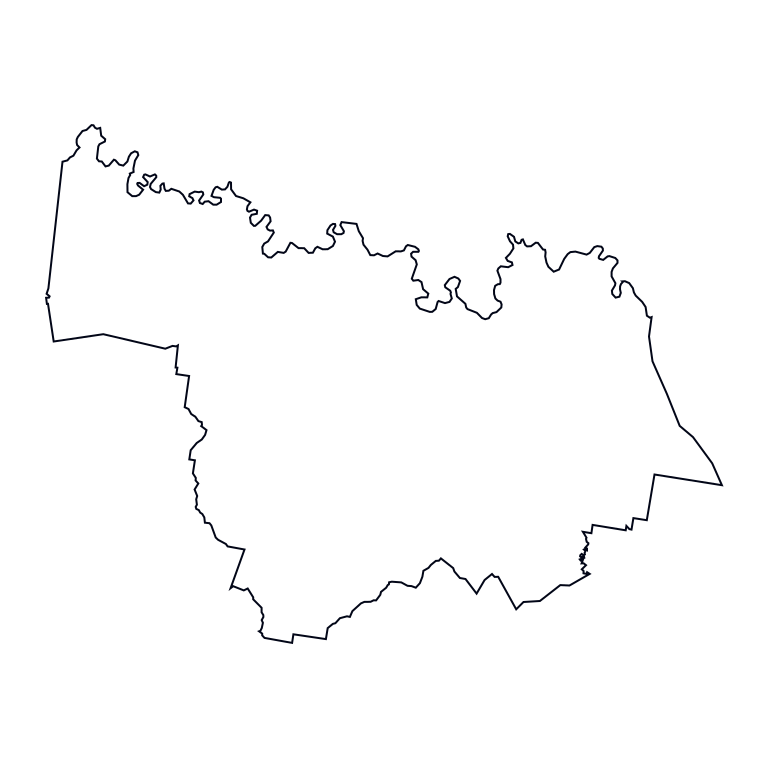 the district of Wodonga, Victoria, Australia
{"feature_id": "25037944B99055337236234", "entity_name": "Wodonga", "entity_type": "district", "adm_level": 2, "iso_a3": "AUS", "parent_name": "Australia", "parent_adm1": "Victoria", "projection": "orthographic", "projection_center": [146.883, -36.145], "detail": "fine", "context": "isolated", "style": "outline", "palette": "ink", "viewbox_px": 768, "rotation_deg": 0, "n_neighbors": 0, "source": "geoboundaries", "source_scale": "gbopen_adm2", "svg_char_len": 6099}
<svg xmlns="http://www.w3.org/2000/svg" viewBox="0 0 768 768"><path d="M257.1,210.7L254.0,209.6L249.0,211.7L247.5,210.9L246.9,209.4L247.5,206.2L250.4,202.3L243.4,198.3L236.0,196.0L231.1,189.3L231.0,182.6L229.7,182.0L228.9,182.5L227.4,186.8L225.0,189.4L221.8,189.6L217.3,186.8L215.6,187.3L213.7,189.8L211.5,195.9L214.0,197.2L220.1,197.8L221.0,198.7L221.0,202.0L216.6,204.7L213.3,204.7L208.5,201.2L204.7,201.7L202.7,204.0L199.9,203.0L199.1,200.5L203.3,194.5L202.9,192.4L201.4,191.6L198.9,192.2L194.7,191.6L189.6,194.1L189.2,196.3L192.4,198.1L193.5,200.4L190.7,203.6L188.0,203.4L182.9,194.8L179.3,191.5L171.3,188.8L168.8,190.7L165.8,190.9L164.5,188.7L163.7,183.4L162.4,183.6L160.4,185.8L160.7,189.6L159.3,192.6L155.8,192.1L151.1,189.1L150.0,187.0L150.7,183.9L156.3,177.2L156.2,175.6L154.9,174.4L150.0,176.5L145.4,174.4L144.2,174.7L143.1,177.1L147.7,182.1L147.3,184.7L144.1,186.2L139.6,182.9L137.6,183.0L137.2,183.9L138.0,185.5L143.1,189.7L139.2,194.7L136.1,196.1L132.2,196.1L127.5,192.2L127.4,184.2L128.5,178.0L130.2,175.0L129.8,173.6L133.6,172.0L133.4,168.5L135.0,160.6L138.3,155.1L137.5,152.3L134.8,151.3L131.1,153.3L128.9,156.7L127.4,161.5L123.3,165.6L119.2,164.6L115.4,160.3L113.9,159.7L108.8,165.6L105.5,166.4L101.8,161.5L99.0,161.3L96.9,158.6L98.3,146.4L99.5,144.2L104.9,141.5L105.2,139.2L101.2,135.7L100.2,127.9L97.0,128.8L95.0,127.7L93.5,125.3L91.5,125.1L86.5,129.9L82.5,131.0L77.8,137.0L76.7,139.4L76.6,142.5L77.1,145.0L79.5,147.5L76.6,150.3L73.4,155.7L70.0,157.4L67.4,160.4L62.5,161.7L48.4,288.4L46.6,293.8L49.6,296.3L49.0,297.6L46.1,297.8L46.9,303.9L48.0,303.8L53.7,341.5L103.3,334.2L165.3,348.7L172.5,345.9L176.2,346.4L177.9,345.4L175.6,367.5L177.4,367.7L176.3,374.1L189.1,376.0L184.7,407.2L188.5,409.0L191.2,414.0L195.4,416.8L198.4,421.1L201.7,422.1L202.0,425.0L201.2,426.1L206.5,430.1L205.1,434.9L201.8,439.5L196.7,443.0L190.7,450.2L189.3,459.4L194.9,460.3L192.9,473.4L195.8,477.9L195.6,480.5L198.3,483.5L194.6,489.5L197.2,496.0L196.2,499.3L196.9,504.7L195.7,506.9L196.3,508.9L198.8,510.1L200.2,512.6L202.3,514.0L204.3,517.4L204.9,522.7L209.5,523.2L211.3,525.4L215.7,537.5L218.1,539.8L225.9,544.0L227.6,546.4L244.5,549.5L230.6,588.2L233.2,586.2L243.8,590.4L247.7,588.5L253.2,597.3L253.2,599.3L261.6,607.8L261.6,612.3L263.3,615.0L263.4,617.0L261.7,620.1L262.9,622.8L261.8,628.0L260.4,630.8L259.1,631.3L262.2,633.6L262.2,635.4L264.5,637.9L292.1,642.9L293.4,634.3L325.9,639.1L327.7,628.1L332.8,623.9L335.4,623.2L339.9,618.2L347.0,616.3L349.9,616.9L352.4,611.1L360.9,603.4L364.3,601.9L370.6,601.8L373.6,600.3L376.1,600.4L380.3,594.8L381.0,591.9L386.2,587.7L387.7,585.1L388.9,584.4L389.1,582.3L391.8,581.7L401.3,582.4L407.5,585.8L411.5,586.1L415.8,587.7L419.9,583.2L422.4,576.7L423.4,570.8L428.5,567.9L430.8,565.0L435.8,560.9L438.9,560.7L440.9,558.4L453.2,568.1L454.4,571.5L459.9,578.0L465.5,579.0L476.6,593.6L484.6,580.0L492.0,574.0L494.6,576.9L498.2,576.8L516.2,609.3L523.5,602.0L539.9,601.0L560.3,585.1L569.5,585.5L589.7,573.9L587.1,572.2L586.5,573.9L583.5,573.3L583.6,571.0L581.8,569.3L586.0,565.2L583.6,563.3L581.6,563.4L582.8,560.1L580.7,560.6L579.8,559.4L584.3,557.8L584.0,556.4L581.0,557.1L580.1,556.3L580.3,555.2L581.7,553.9L583.3,555.1L584.9,554.4L584.6,552.9L585.5,551.0L583.9,549.5L584.8,549.0L587.0,550.2L587.0,548.5L585.4,547.5L588.2,544.4L588.4,543.2L586.7,541.8L586.0,538.9L586.5,537.7L582.9,531.8L591.4,533.2L592.6,524.9L625.7,530.3L626.4,525.9L629.4,529.1L631.5,529.6L633.4,518.1L646.8,520.2L654.5,474.5L721.9,485.2L712.2,463.3L693.0,437.1L679.7,425.9L666.9,393.9L652.5,361.3L649.0,336.5L651.6,317.1L649.9,317.7L646.9,315.7L645.6,307.0L642.2,301.9L635.7,295.6L633.9,292.4L632.9,288.2L629.2,283.1L624.9,281.2L622.5,281.4L623.0,281.8L621.0,284.0L620.1,286.4L620.0,289.3L620.8,292.9L619.4,296.7L615.6,297.6L612.3,294.0L611.9,290.6L615.0,285.4L615.4,283.2L611.6,276.4L611.6,271.9L612.9,268.4L617.5,262.9L617.5,260.4L615.3,258.0L609.4,256.1L607.6,256.4L603.2,259.9L599.4,258.8L598.7,257.9L599.0,256.2L602.9,250.6L602.8,248.5L601.4,246.7L597.3,246.1L594.3,247.1L589.8,252.9L586.6,254.6L575.4,251.6L570.4,252.1L567.7,254.1L564.2,258.9L559.1,269.5L553.7,271.7L548.4,266.8L546.5,262.6L545.2,256.4L545.6,252.4L545.1,249.8L543.0,249.5L537.9,242.9L535.7,242.7L531.0,246.2L527.1,246.4L525.3,245.0L522.9,239.4L521.6,239.8L520.4,242.9L518.3,243.4L515.3,241.4L514.0,236.8L509.9,233.9L508.2,234.1L507.7,236.3L510.0,241.3L513.0,244.6L513.4,248.4L509.9,253.8L505.9,257.9L507.7,260.9L511.9,262.4L512.5,265.0L508.2,267.2L500.8,266.3L498.3,268.5L497.4,270.7L500.5,279.1L500.5,282.7L499.8,284.1L497.9,284.2L495.2,285.8L494.0,290.1L494.1,294.1L495.4,298.5L497.6,300.6L500.5,301.7L501.6,304.4L501.3,307.5L496.5,312.1L492.7,313.1L491.1,314.5L488.8,318.2L485.2,319.2L482.0,318.0L476.9,312.8L467.5,309.1L466.2,307.5L465.4,303.8L457.0,296.4L455.7,288.9L457.9,287.1L460.1,280.9L458.3,278.5L454.5,276.8L449.5,279.0L444.8,285.1L445.3,287.3L450.2,290.7L450.9,292.4L450.5,293.9L451.8,298.5L449.5,301.9L445.0,303.1L438.6,301.0L437.6,302.0L435.7,309.0L432.3,311.8L429.8,311.9L419.8,308.6L416.7,304.9L415.8,299.2L421.4,297.3L427.3,297.4L428.3,293.6L423.1,289.2L421.5,282.1L418.3,280.0L413.3,280.7L411.8,278.7L416.8,264.4L415.6,260.2L411.5,256.6L411.1,253.7L413.1,251.8L418.4,251.8L418.9,250.9L418.3,249.3L415.0,246.8L407.8,245.0L406.0,246.3L403.9,250.4L400.9,251.4L395.7,251.3L387.6,256.4L382.9,256.0L377.6,253.5L374.0,255.3L370.3,255.1L367.5,249.7L363.5,244.7L362.6,240.9L363.0,238.2L358.8,231.2L356.5,223.9L341.6,222.1L340.3,225.1L343.9,231.2L343.5,233.0L341.3,234.2L337.1,234.2L333.7,232.3L333.0,229.9L335.4,225.9L335.1,224.1L333.0,223.9L330.5,225.5L327.4,230.2L327.2,233.6L332.9,236.6L335.0,241.7L332.9,246.0L327.7,249.2L322.7,249.3L317.4,246.8L315.3,248.3L312.9,252.7L308.6,252.9L304.2,248.2L298.5,248.1L292.0,243.0L290.4,242.8L285.7,251.6L283.7,252.9L277.8,251.9L271.3,257.5L268.1,257.3L264.3,253.8L262.9,253.6L262.3,247.0L264.2,243.6L268.0,241.4L273.8,232.6L272.9,230.4L270.0,230.6L267.7,229.4L266.5,226.9L270.6,221.3L270.1,217.5L268.7,215.4L265.2,215.1L261.1,220.7L255.3,225.8L253.9,225.9L250.8,222.8L250.0,217.6L251.6,214.8L256.8,213.8L257.1,210.7Z" fill="none" stroke="#020617" stroke-width="2"/></svg>